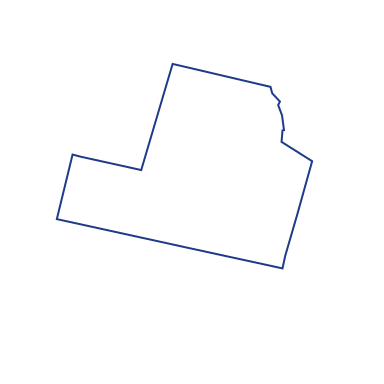 the district of Karnes, Texas, United States of America, rotated 234°
{"feature_id": "52423323B141370106049", "entity_name": "Karnes", "entity_type": "district", "adm_level": 2, "iso_a3": "USA", "parent_name": "United States of America", "parent_adm1": "Texas", "projection": "natural_earth1", "projection_center": [-97.881, 28.945], "detail": "fine", "context": "isolated", "style": "outline", "palette": "blue", "viewbox_px": 384, "rotation_deg": 234, "n_neighbors": 0, "source": "geoboundaries", "source_scale": "gbopen_adm2", "svg_char_len": 390}
<svg xmlns="http://www.w3.org/2000/svg" viewBox="0 0 384 384"><g transform="rotate(234 192 192)"><path d="M77.0,220.3L85.5,229.8L111.6,263.5L146.3,307.3L179.9,293.9L188.6,301.4L188.0,302.8L201.1,309.9L211.7,312.8L213.5,316.3L224.7,314.9L230.9,317.3L307.0,251.6L239.6,163.8L286.2,122.5L292.5,117.4L249.5,66.7L150.0,155.2L77.0,220.3Z" fill="none" stroke="#1e3a8a" stroke-width="2"/></g></svg>